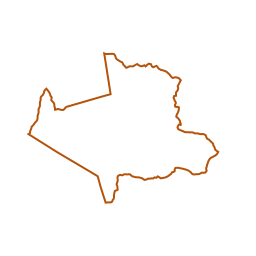 outline of Ibaretama, Ceará, Brazil, rotated 41°
{"feature_id": "56859067B69823963674642", "entity_name": "Ibaretama", "entity_type": "district", "adm_level": 2, "iso_a3": "BRA", "parent_name": "Brazil", "parent_adm1": "Ceará", "projection": "mercator", "projection_center": [-38.701, -4.773], "detail": "fine", "context": "isolated", "style": "outline", "palette": "amber", "viewbox_px": 256, "rotation_deg": 41, "n_neighbors": 0, "source": "geoboundaries", "source_scale": "gbopen_adm2", "svg_char_len": 3143}
<svg xmlns="http://www.w3.org/2000/svg" viewBox="0 0 256 256"><g transform="rotate(41 128 128)"><path d="M108.7,62.5L107.9,64.0L107.2,65.6L105.5,65.8L103.5,64.8L101.5,65.8L101.0,68.0L100.9,69.9L99.2,69.9L98.2,71.9L97.1,73.0L95.0,73.6L93.0,73.7L92.3,75.3L91.5,77.9L90.2,79.2L88.7,80.4L87.8,82.5L87.2,83.7L84.6,83.4L83.0,83.3L81.7,82.6L80.1,82.3L78.5,82.9L76.8,83.1L74.9,83.5L73.3,83.3L70.6,81.7L68.9,81.4L67.6,82.2L66.1,83.6L64.4,85.2L63.0,86.5L61.1,87.3L92.7,113.9L87.7,121.4L67.7,152.4L67.4,153.9L67.6,155.2L67.3,156.8L65.9,158.0L64.0,158.9L62.4,159.8L61.8,161.1L60.9,162.1L59.8,160.8L58.4,160.1L57.5,159.1L56.3,158.1L54.8,157.6L53.4,157.6L51.7,157.2L50.4,155.0L48.6,154.6L46.4,153.3L44.7,152.6L40.6,151.9L40.4,154.1L40.7,155.3L41.4,156.7L42.0,158.2L42.0,159.9L41.8,161.2L42.3,162.6L43.2,163.6L44.0,164.6L44.5,166.1L45.7,167.6L47.0,169.1L47.7,170.8L48.2,172.7L49.3,173.7L50.5,175.1L51.4,177.3L52.3,178.8L53.4,180.0L54.2,181.4L54.4,182.7L54.3,184.7L54.5,186.4L54.6,188.3L54.5,190.3L55.5,192.2L56.1,194.3L57.3,196.1L56.9,197.9L90.4,192.7L109.6,189.2L132.0,185.1L136.8,184.3L146.1,190.5L160.1,199.0L161.6,197.4L162.7,196.4L164.0,195.2L164.3,193.9L163.7,192.4L163.7,191.0L162.9,189.5L162.0,188.5L161.2,187.5L160.4,186.0L159.4,184.3L160.0,183.0L160.7,181.4L159.4,180.1L158.0,178.8L156.3,178.0L155.5,176.0L154.7,174.3L153.7,173.4L152.3,172.0L151.9,170.4L152.8,168.6L154.8,167.4L155.4,165.6L156.6,164.4L157.8,163.6L158.8,162.6L159.7,161.7L161.4,161.7L162.8,161.7L164.2,161.0L166.0,160.2L167.4,159.1L168.4,158.2L170.1,157.4L171.7,156.6L173.1,156.6L174.6,156.3L175.8,154.6L176.4,153.0L177.6,152.1L178.5,150.9L180.1,149.5L180.5,147.8L182.1,146.9L182.2,145.0L183.9,144.7L185.7,144.5L186.9,143.1L187.8,142.0L188.8,140.5L189.7,138.5L190.2,136.3L190.6,134.2L190.3,132.5L191.2,131.2L191.6,130.1L190.5,128.8L190.0,127.0L191.4,125.6L192.7,124.6L193.9,124.1L195.1,123.3L196.9,122.4L199.0,121.4L201.5,120.5L203.9,120.2L205.8,120.5L207.5,120.3L208.8,119.3L209.8,118.1L210.8,117.3L212.0,115.9L212.6,114.4L213.0,113.2L214.4,112.3L215.6,110.8L215.4,108.7L214.3,107.9L213.3,107.0L212.9,105.8L212.0,104.3L211.4,102.6L210.9,101.4L210.3,99.8L210.0,98.1L210.0,96.3L210.7,95.0L211.1,93.6L211.8,92.0L212.3,89.5L211.8,86.9L209.7,87.1L208.0,87.1L206.7,86.3L205.5,85.6L204.1,85.2L202.3,84.0L200.9,83.9L199.4,83.9L197.3,83.6L196.0,83.9L194.5,84.1L192.9,83.4L191.5,82.5L189.7,82.8L188.3,83.5L187.4,84.6L185.7,85.6L184.1,86.4L183.1,87.2L181.9,88.3L180.1,88.7L178.8,89.6L177.5,90.7L176.4,91.6L175.0,92.8L173.4,93.9L171.7,94.3L170.3,94.8L168.6,95.4L166.8,95.9L165.0,95.1L164.3,93.4L164.2,91.9L165.7,91.2L164.9,90.0L163.6,89.5L162.3,88.5L159.9,87.8L158.3,87.8L157.0,87.8L156.0,85.8L155.6,83.8L155.1,82.4L154.5,81.2L153.0,79.1L151.8,79.3L150.9,80.2L149.6,80.9L148.4,80.0L147.8,77.9L146.8,77.1L145.5,76.8L142.5,75.2L141.9,73.6L143.1,72.1L141.6,70.6L140.8,69.2L140.8,67.3L140.4,66.0L139.6,64.8L138.1,63.9L136.5,57.3L135.2,57.2L133.9,57.0L132.4,57.5L130.6,58.5L129.7,59.7L129.0,60.9L127.6,61.0L126.1,60.8L124.5,60.4L123.0,60.3L121.7,60.3L120.2,60.3L118.9,60.6L116.9,61.4L114.8,62.5L112.7,63.0L111.3,62.9L110.0,62.5L108.7,62.5Z" fill="none" stroke="#b45309" stroke-width="2"/></g></svg>